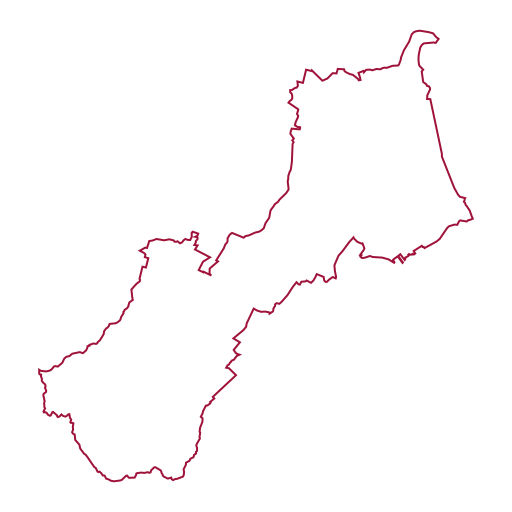 Vadu Crisului, Bihor, Romania (Albers equal-area conic projection)
{"feature_id": "2599482B52238792704347", "entity_name": "Vadu Crisului", "entity_type": "district", "adm_level": 2, "iso_a3": "ROU", "parent_name": "Romania", "parent_adm1": "Bihor", "projection": "albers", "projection_center": [22.467, 46.953], "detail": "fine", "context": "isolated", "style": "outline", "palette": "rose", "viewbox_px": 512, "rotation_deg": 0, "n_neighbors": 0, "source": "geoboundaries", "source_scale": "gbopen_adm2", "svg_char_len": 5962}
<svg xmlns="http://www.w3.org/2000/svg" viewBox="0 0 512 512"><path d="M173.1,480.1L175.3,479.0L176.9,478.9L182.8,476.7L183.7,475.3L184.1,472.2L183.6,469.3L185.9,464.7L186.0,462.7L189.5,460.8L190.4,458.7L193.3,457.3L193.9,456.1L194.0,455.0L196.0,453.5L196.0,451.9L197.0,451.0L197.1,448.1L196.3,445.5L196.5,444.5L199.9,438.5L199.5,437.1L200.2,432.8L199.6,431.6L200.1,427.7L202.3,422.1L202.5,420.9L202.5,418.2L200.8,416.8L202.6,413.4L203.0,411.3L205.9,405.6L207.4,405.5L209.9,403.6L210.6,402.7L210.1,402.0L214.3,398.5L212.8,396.9L236.0,375.2L228.9,368.2L226.2,367.7L227.6,365.3L229.1,364.4L230.0,362.6L231.0,361.9L231.6,360.7L233.9,359.7L236.7,356.0L239.5,354.7L236.8,353.7L235.7,352.9L233.7,349.9L239.9,342.3L233.4,338.4L243.4,330.1L246.2,326.7L246.6,323.6L253.7,308.6L257.0,310.5L261.0,311.8L265.4,311.6L269.3,312.4L269.5,313.7L272.7,311.6L273.2,310.9L273.5,308.3L275.1,305.9L275.0,304.9L275.4,304.0L276.5,303.2L279.4,303.8L281.6,301.8L287.5,295.1L292.8,286.9L296.5,282.2L298.7,284.4L299.9,284.6L301.4,281.7L305.6,281.4L306.6,280.5L311.0,282.8L313.5,280.4L315.4,277.1L316.7,274.1L323.6,276.9L324.3,280.7L325.9,282.0L327.1,281.7L329.2,279.5L332.8,277.0L335.7,278.4L336.1,277.0L334.9,270.9L334.4,265.3L338.5,255.7L342.4,251.3L349.3,242.0L353.5,237.4L353.9,238.4L357.4,241.9L362.3,243.9L362.6,243.6L364.4,248.4L363.7,250.0L360.1,255.0L361.4,255.3L360.4,256.7L362.0,258.0L364.5,257.8L369.9,256.0L372.7,257.0L382.3,257.6L388.6,259.4L394.1,262.8L394.4,262.4L393.6,260.8L392.9,260.3L393.3,259.5L397.7,256.3L402.5,262.9L402.9,262.5L398.2,256.0L400.3,254.2L404.7,260.0L405.3,259.0L405.3,257.6L408.0,256.2L408.7,255.5L408.3,254.7L409.0,254.0L410.1,254.7L411.9,254.6L412.2,254.0L412.7,253.8L412.9,254.3L414.0,254.5L415.2,253.5L413.7,251.0L421.8,245.8L422.6,247.0L423.7,246.9L424.5,248.1L436.7,241.4L439.8,238.8L445.9,229.8L447.5,227.6L449.1,226.2L454.5,224.6L457.3,224.8L458.9,221.5L460.2,220.4L466.7,221.5L468.3,220.1L469.1,220.2L472.8,218.7L471.3,215.3L471.1,214.0L470.6,213.3L469.8,210.7L466.8,206.2L465.8,205.2L465.1,203.0L463.9,201.8L464.6,200.2L464.7,198.7L465.1,198.1L459.9,196.8L458.0,194.6L454.2,187.8L441.9,156.6L441.9,153.9L430.3,99.1L427.1,99.0L427.3,95.3L430.0,89.6L430.1,88.3L428.9,86.3L427.0,85.9L426.4,84.4L423.2,82.0L421.7,71.4L423.2,69.7L419.8,66.2L419.3,65.5L418.9,63.9L418.5,60.4L418.6,56.2L419.0,53.4L420.3,47.5L421.8,45.0L423.8,43.4L433.5,42.5L435.7,42.9L438.6,38.9L436.4,37.3L433.0,33.3L428.6,32.1L419.8,30.7L415.9,31.3L413.7,32.3L411.7,34.4L409.2,41.5L403.9,50.3L401.0,57.6L400.7,59.8L399.0,64.5L398.1,65.5L392.5,65.8L386.6,67.9L384.9,67.6L382.7,68.0L380.5,69.3L376.4,69.0L372.3,70.3L370.1,69.6L366.2,69.8L363.9,72.3L363.5,70.9L358.5,72.9L360.0,77.3L360.5,80.0L358.7,80.3L357.9,78.8L352.8,74.8L349.9,74.1L345.6,72.0L344.4,70.8L344.1,69.3L337.8,68.9L336.5,73.4L332.6,73.2L327.4,78.5L322.4,80.7L312.0,70.5L311.9,71.1L306.1,69.7L302.9,82.9L297.4,81.5L297.9,85.8L296.7,87.6L294.9,88.0L292.1,89.9L290.1,90.2L290.2,92.3L291.6,93.5L292.2,95.6L292.3,98.1L291.8,99.4L289.6,101.2L288.5,102.7L298.2,109.3L298.2,110.0L297.0,113.9L298.2,115.9L297.7,117.7L295.7,122.0L294.9,125.0L295.5,125.4L295.4,125.7L297.6,127.0L300.1,127.2L300.1,128.4L299.7,129.4L291.7,128.6L290.6,131.9L290.4,133.8L293.8,138.6L292.3,140.3L293.6,142.1L292.6,144.0L291.9,161.6L290.9,169.1L290.4,170.7L289.7,171.7L288.3,176.0L288.2,179.0L287.7,181.4L288.6,189.0L288.3,190.0L286.1,193.2L279.5,199.6L278.0,201.9L274.8,204.2L273.6,206.3L271.4,209.1L270.4,211.0L269.2,217.8L265.5,223.2L263.8,228.2L261.4,230.3L259.0,231.7L255.1,232.6L248.9,235.4L245.4,236.1L243.7,237.7L232.0,232.9L229.6,234.8L227.6,238.3L227.5,241.4L226.9,242.7L225.3,244.5L223.7,248.5L216.2,260.4L218.0,261.4L209.7,268.5L209.5,273.7L211.3,275.5L203.5,271.7L203.3,272.3L198.7,270.1L203.0,261.7L210.0,257.3L195.0,249.5L197.6,245.4L194.4,245.0L195.8,242.5L195.7,241.3L197.4,239.3L197.6,237.9L196.9,237.2L195.2,236.8L197.4,235.8L198.2,233.6L192.7,231.7L192.3,232.1L192.3,232.6L191.7,232.9L191.7,237.0L190.2,240.0L187.8,239.9L185.3,239.0L183.6,240.3L182.0,242.4L180.0,243.3L177.6,241.3L176.1,241.8L174.4,241.6L173.7,240.4L169.3,239.3L164.2,240.3L156.5,239.0L152.3,240.6L149.3,241.0L147.0,248.0L145.3,247.6L139.8,250.7L144.1,253.0L145.5,254.5L144.8,257.1L148.3,258.2L145.9,267.5L142.5,266.7L139.5,278.8L140.1,279.9L139.7,281.4L136.5,283.8L131.4,289.5L132.3,297.6L132.8,299.9L129.4,302.4L128.5,305.2L128.5,306.0L127.2,308.1L124.7,309.8L124.2,311.0L123.3,312.1L123.6,313.1L121.1,317.1L120.5,319.3L119.9,320.4L117.6,322.3L115.5,323.3L109.6,323.9L108.8,326.0L107.7,327.5L106.2,328.4L104.2,331.0L103.6,334.3L99.9,340.3L97.6,342.3L97.3,343.2L96.1,343.9L93.4,343.5L89.4,344.9L89.5,345.7L87.5,346.2L87.4,347.7L86.1,350.4L82.9,353.2L79.8,352.1L72.3,353.7L69.3,356.1L66.3,356.8L64.2,358.7L62.3,362.8L57.8,366.6L55.4,366.1L54.1,366.4L51.3,369.7L49.1,370.8L46.2,371.4L42.9,371.1L40.5,370.7L39.2,369.8L39.2,373.4L39.6,374.3L41.1,374.6L41.0,376.3L41.9,378.9L41.8,380.9L43.1,382.6L45.1,384.4L45.6,386.3L45.0,387.8L46.2,390.7L46.0,392.0L43.7,393.8L43.4,394.5L43.5,396.5L44.2,398.4L44.2,399.9L44.7,401.2L44.1,403.2L44.5,407.5L45.1,408.4L43.5,411.5L43.9,412.4L45.5,412.2L46.8,413.0L48.0,414.8L50.0,415.8L50.7,415.4L52.5,412.0L53.0,411.9L56.9,415.2L57.3,416.5L57.9,417.1L59.6,416.4L61.4,414.5L63.1,415.9L65.3,416.6L66.4,416.2L68.4,414.3L69.4,414.2L69.9,417.7L71.2,419.6L70.3,422.2L70.8,422.8L72.6,422.9L73.4,423.3L72.8,426.9L73.1,429.7L72.1,432.2L72.9,433.6L74.7,434.5L75.2,439.9L79.4,444.7L80.2,448.5L84.0,453.6L85.6,454.7L87.4,457.0L94.3,467.1L95.7,467.9L97.5,471.6L98.2,472.0L99.6,471.7L101.1,473.0L102.9,475.5L104.5,475.5L106.2,478.7L108.6,479.4L111.0,480.8L114.1,481.3L120.1,480.5L121.8,479.9L126.2,475.7L127.1,475.6L128.7,477.6L129.6,477.8L134.6,477.6L135.8,475.6L136.5,473.3L140.8,472.6L144.6,472.9L147.5,472.2L149.6,472.8L150.6,472.3L151.1,470.4L154.1,467.4L155.3,467.2L160.7,470.4L161.3,471.6L161.5,472.8L162.7,474.7L162.8,475.6L164.0,476.7L167.8,478.6L171.2,477.6L171.7,479.2L173.1,480.1Z" fill="none" stroke="#9f1239" stroke-width="2"/></svg>